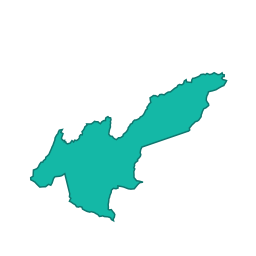 the district of Porto Alegre do Tocantins, Tocantins, Brazil, rotated 214°
{"feature_id": "56859067B35819047686555", "entity_name": "Porto Alegre do Tocantins", "entity_type": "district", "adm_level": 2, "iso_a3": "BRA", "parent_name": "Brazil", "parent_adm1": "Tocantins", "projection": "mercator", "projection_center": [-47.044, -11.55], "detail": "fine", "context": "isolated", "style": "filled", "palette": "teal", "viewbox_px": 256, "rotation_deg": 214, "n_neighbors": 0, "source": "geoboundaries", "source_scale": "gbopen_adm2", "svg_char_len": 3376}
<svg xmlns="http://www.w3.org/2000/svg" viewBox="0 0 256 256"><g transform="rotate(214 128 128)"><path d="M72.8,222.4L74.6,221.9L76.2,221.2L78.1,221.6L78.2,223.3L77.0,224.4L77.9,225.9L79.2,225.2L80.8,226.3L81.6,224.0L83.2,222.5L84.7,222.3L87.5,222.0L88.7,219.5L90.2,217.9L93.0,217.4L93.7,215.5L95.5,214.9L97.4,213.1L97.8,211.1L99.0,209.0L101.0,206.2L102.1,205.4L102.0,203.7L100.9,201.3L103.0,200.0L105.2,199.0L106.8,200.5L107.6,198.5L106.8,195.9L107.5,193.9L109.7,192.8L110.5,191.2L110.3,189.2L111.5,187.0L113.0,181.7L114.8,180.2L115.8,178.0L116.5,175.7L118.8,174.8L120.3,173.5L120.4,172.0L120.8,170.6L123.3,170.2L125.1,169.1L125.6,167.5L126.6,165.4L125.0,163.5L123.4,162.0L123.9,159.7L123.7,158.0L123.9,155.8L122.7,154.8L123.3,152.8L122.8,150.1L122.6,147.8L122.9,145.8L123.9,144.0L123.9,142.4L124.6,140.9L125.6,139.3L127.0,138.2L127.4,136.2L127.1,134.2L128.1,132.4L127.8,131.0L128.0,128.5L127.3,126.9L127.2,124.1L127.7,122.1L128.3,120.2L127.7,118.3L128.8,115.8L130.4,114.6L131.1,111.9L132.8,111.5L134.6,111.6L136.3,112.3L138.1,111.4L140.5,112.1L141.1,113.3L141.8,114.8L142.5,116.5L143.1,119.0L144.6,120.9L145.1,122.4L146.3,123.6L146.7,125.3L148.1,126.7L149.6,125.9L151.0,126.2L152.0,124.3L151.6,122.6L150.8,121.6L152.3,120.5L153.2,118.5L153.3,116.1L154.9,116.1L156.3,116.4L158.1,115.3L159.5,114.8L159.8,113.3L160.7,110.9L162.3,109.7L164.6,108.2L163.6,107.4L164.4,104.8L163.9,103.0L163.8,100.9L164.1,99.3L162.7,98.0L162.2,96.7L163.5,95.9L163.6,94.0L162.7,92.7L162.8,90.9L163.5,88.9L165.4,88.1L165.3,86.0L167.4,86.2L167.5,83.1L169.4,80.9L170.8,80.9L171.9,81.7L173.1,81.0L173.6,82.3L175.0,81.3L177.1,81.9L177.8,83.2L178.2,85.2L178.7,87.0L181.3,86.8L181.6,90.0L183.7,87.8L183.5,85.8L182.9,84.1L183.2,82.3L182.9,79.0L181.9,77.1L181.1,73.7L180.5,71.6L180.4,70.1L179.9,68.0L178.8,61.9L179.2,59.6L179.8,57.9L179.0,56.0L179.8,53.7L179.6,52.0L180.9,51.0L181.0,48.4L180.5,45.4L180.8,43.3L182.1,41.4L182.9,40.3L181.6,38.1L180.5,36.3L179.7,35.0L180.9,32.4L179.6,30.7L177.4,31.0L174.9,31.1L172.4,30.5L168.1,29.7L165.4,31.9L163.5,33.2L162.4,36.8L160.0,37.4L160.2,40.0L161.5,44.6L161.3,46.8L157.7,49.8L156.3,51.4L154.9,54.8L139.4,40.8L138.1,38.2L136.1,37.8L135.9,36.4L135.6,34.5L133.7,34.8L130.9,34.7L128.9,34.9L126.6,34.0L124.9,34.7L123.9,36.0L121.9,36.6L120.4,35.4L117.8,35.6L115.2,36.0L112.7,36.9L111.7,38.1L110.2,38.6L108.7,39.1L106.9,39.1L104.6,39.4L102.2,38.7L100.8,40.0L99.8,41.1L98.2,41.3L96.6,42.2L95.3,43.0L93.4,43.6L92.0,43.7L90.6,42.8L88.1,43.0L89.3,44.2L89.5,46.5L90.6,48.9L92.4,49.8L93.8,50.1L96.2,51.0L97.7,49.6L99.1,49.7L99.9,51.3L101.7,53.5L102.6,55.7L104.3,58.7L104.5,60.1L105.3,61.9L105.9,65.1L107.0,67.2L106.4,69.8L104.0,70.9L102.7,72.7L104.0,74.3L100.8,75.8L98.8,76.6L93.7,77.8L91.5,78.9L88.8,81.1L88.3,86.6L87.7,89.2L85.3,91.5L89.0,90.2L91.4,89.1L95.4,90.3L96.7,92.3L98.9,95.2L99.5,97.9L101.0,98.3L101.5,100.5L102.5,101.7L102.5,103.5L102.1,104.8L101.6,106.2L102.5,107.2L102.0,110.1L102.0,111.7L102.5,113.1L104.1,114.3L105.4,117.2L105.8,120.0L77.3,157.8L76.1,159.3L75.7,160.8L77.1,162.3L76.8,164.5L76.7,166.3L76.1,168.7L75.7,170.9L74.5,172.3L73.8,174.0L73.7,178.2L74.7,179.9L74.9,181.3L75.5,182.9L76.0,186.3L74.7,188.3L73.7,191.8L74.7,193.0L76.7,193.7L78.6,194.7L79.8,196.7L80.6,198.8L80.7,200.5L81.5,203.0L80.0,204.8L78.9,205.9L76.4,209.0L75.2,211.7L73.6,214.9L72.3,216.8L72.5,218.7L72.5,220.3L72.8,222.4Z" fill="#14b8a6" stroke="#0f766e" stroke-width="1.5"/></g></svg>